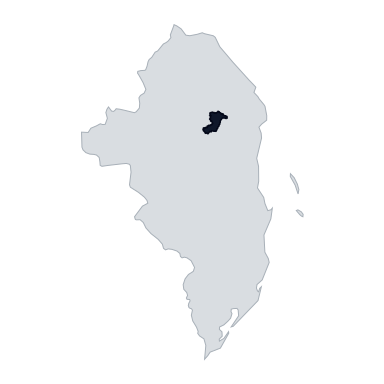 location of Victoria, Yoro, Honduras, rotated 91°
{"feature_id": "27666195B67496121573402", "entity_name": "Victoria", "entity_type": "district", "adm_level": 2, "iso_a3": "HND", "parent_name": "Honduras", "parent_adm1": "Yoro", "projection": "natural_earth1", "projection_center": [-87.58, 15.094], "detail": "fine", "context": "in_parent", "style": "filled", "palette": "ink", "viewbox_px": 384, "rotation_deg": 91, "n_neighbors": 0, "source": "geoboundaries", "source_scale": "gbopen_adm2", "svg_char_len": 6522}
<svg xmlns="http://www.w3.org/2000/svg" viewBox="0 0 384 384"><g transform="rotate(91 192 192)"><path d="M359.0,176.5L345.2,175.5L338.6,177.5L335.8,181.9L333.3,183.8L331.3,183.4L327.1,185.1L320.9,189.0L315.2,190.5L310.2,189.5L308.7,190.5L308.4,191.8L307.6,193.0L305.6,193.7L303.4,193.3L300.9,192.0L299.5,192.5L299.4,195.1L298.1,195.8L295.5,194.6L292.6,195.5L289.4,198.5L284.8,199.2L279.0,197.4L274.5,194.1L271.3,189.3L267.4,188.1L260.7,191.7L257.9,195.9L257.3,198.5L258.0,200.8L256.7,202.4L253.6,203.1L251.3,206.0L249.7,211.0L249.3,214.8L250.3,217.5L248.8,219.5L244.7,220.7L239.9,225.0L234.3,232.3L228.8,237.4L223.3,240.2L220.6,243.4L220.8,247.0L220.5,248.1L219.5,248.5L217.7,249.0L207.0,241.3L204.0,236.0L201.3,236.8L198.0,239.5L193.3,245.5L188.3,253.7L185.9,254.6L173.3,253.3L166.6,254.1L165.3,255.2L164.6,258.2L165.0,262.2L166.9,276.5L167.9,282.5L166.9,284.3L163.5,284.6L159.1,285.4L156.7,288.1L156.1,290.9L155.9,294.8L154.5,298.8L151.8,301.7L149.1,302.8L134.1,303.5L134.3,296.9L130.0,294.2L127.5,288.6L125.4,284.9L126.1,282.6L125.9,280.0L119.8,277.9L114.1,279.5L110.8,278.5L108.4,277.0L112.5,273.8L112.8,271.8L111.5,270.3L110.1,269.3L110.5,265.6L111.4,261.2L113.7,251.0L112.8,249.2L109.0,246.1L104.2,245.8L98.8,246.7L96.3,245.2L94.0,241.6L90.2,239.9L83.5,242.8L76.3,247.0L74.1,248.5L72.3,248.3L71.5,245.2L71.2,241.4L70.7,240.5L66.9,239.1L62.5,238.2L60.2,237.1L58.1,234.6L52.8,231.3L51.6,228.8L44.5,223.2L43.0,220.4L41.4,218.4L38.0,215.8L35.3,216.4L26.3,213.2L25.0,212.9L26.2,210.1L29.1,205.7L35.3,200.9L35.8,196.9L34.2,189.4L32.6,184.5L33.5,182.3L35.4,173.5L36.9,171.5L45.8,167.0L46.7,166.4L53.7,160.2L61.6,153.3L69.7,145.7L78.8,137.2L83.8,132.2L86.1,130.0L91.4,131.8L95.5,127.8L97.8,126.4L103.4,121.6L105.1,120.5L114.4,118.6L118.9,118.6L122.9,123.5L126.0,126.2L131.9,123.9L136.8,123.4L157.2,127.9L165.2,125.9L180.1,125.5L186.8,126.6L196.2,120.2L202.2,118.9L209.3,115.9L208.4,112.8L206.7,111.4L217.5,112.7L233.7,119.3L250.9,118.1L257.1,114.6L261.1,113.6L278.7,120.3L283.4,125.4L287.0,125.9L289.8,124.8L290.6,123.7L287.1,122.6L285.5,121.0L299.4,124.1L325.6,148.5L326.2,150.5L315.0,143.2L309.1,143.8L307.6,145.0L307.9,148.9L308.5,150.7L311.0,150.9L312.9,149.9L317.5,151.2L320.5,153.8L324.3,157.8L326.5,162.1L328.9,162.2L331.3,159.6L335.7,159.3L338.6,162.2L340.6,162.0L337.8,157.5L331.0,153.0L332.6,152.8L347.6,160.9L351.8,171.1L355.4,173.4L359.0,176.5ZM183.3,89.0L174.7,94.0L172.0,93.9L175.9,90.1L182.3,86.8L187.7,85.2L192.1,85.9L183.3,89.0ZM212.8,83.8L208.7,87.4L208.0,85.8L209.9,82.4L212.4,80.5L214.8,80.7L214.2,82.1L212.8,83.8Z" fill="#d9dde1" stroke="#a8b0b8" stroke-width="1"/><path d="M120.0,174.7L120.6,174.7L120.8,174.5L120.8,174.4L120.8,174.2L120.5,174.0L120.4,173.9L120.4,173.7L120.6,173.7L120.7,173.8L120.8,173.8L120.8,173.7L121.1,173.6L121.3,173.7L121.4,173.4L121.5,173.3L121.8,173.1L121.9,172.9L122.1,172.8L122.4,172.8L122.6,172.7L122.9,172.5L123.1,172.5L123.3,172.9L123.5,173.2L123.8,173.1L124.0,173.4L124.2,173.5L124.3,173.5L124.3,173.8L124.7,174.2L124.9,174.4L125.0,174.7L125.0,174.9L125.2,175.1L125.0,175.3L124.9,175.3L125.1,175.6L125.1,175.8L125.1,176.0L125.1,176.4L125.1,176.6L125.5,176.7L125.5,176.8L125.5,177.1L125.6,177.3L125.9,177.3L126.0,177.4L126.0,177.5L126.2,177.4L126.3,177.4L126.5,177.4L126.6,177.5L126.5,177.8L126.5,178.0L127.1,177.9L127.3,177.9L127.3,178.0L127.2,178.2L127.2,178.3L127.3,178.5L127.4,178.9L127.4,179.0L127.2,179.4L127.2,179.5L127.4,179.8L127.8,180.0L127.7,180.3L127.6,180.5L127.8,180.7L127.8,180.8L127.8,181.1L127.7,181.3L127.7,181.5L127.9,181.6L128.0,181.8L128.3,181.8L128.5,181.7L128.7,181.9L128.8,181.9L128.9,181.7L129.1,182.0L129.3,182.1L129.7,181.9L129.9,181.8L130.0,181.6L130.4,181.7L130.5,181.7L130.8,181.3L130.8,181.2L131.3,180.9L131.5,180.6L131.8,180.3L131.9,180.1L132.0,179.9L132.3,180.0L132.6,180.0L132.8,179.8L132.9,179.7L133.0,179.5L133.1,179.3L133.1,179.2L133.1,178.9L132.7,178.6L132.7,178.4L132.6,178.2L133.5,177.1L133.0,176.6L131.2,175.3L131.6,174.0L131.2,173.7L130.9,173.7L130.6,173.7L130.4,173.6L130.5,173.4L130.5,173.5L130.6,173.3L130.6,173.2L130.6,172.8L130.6,172.6L130.6,172.4L130.7,172.2L130.7,171.8L130.7,171.6L130.8,171.5L130.8,171.4L130.8,171.2L130.9,170.9L130.9,170.7L130.8,170.2L130.7,170.0L130.8,169.6L130.9,169.4L130.9,169.2L130.7,168.9L129.6,168.6L129.5,168.3L129.4,168.2L128.9,168.1L128.7,168.1L128.3,168.2L128.2,168.1L127.6,167.3L126.7,167.3L126.3,167.0L126.1,166.7L125.9,166.4L125.7,166.3L125.4,166.2L125.2,166.1L124.9,166.1L124.5,166.2L123.8,165.5L123.7,165.4L122.7,165.4L121.9,165.0L121.5,164.9L120.4,165.0L119.6,164.5L119.5,164.3L117.5,163.0L117.5,162.9L117.5,162.6L117.5,162.2L117.4,161.9L117.4,161.7L117.5,161.4L117.4,161.3L117.4,161.1L117.4,160.7L117.5,160.4L117.6,160.2L117.8,159.8L117.7,159.5L117.7,159.2L117.8,159.1L117.6,158.9L117.5,158.7L117.3,158.6L117.1,158.7L117.1,158.4L117.2,158.2L116.7,158.2L116.5,158.3L116.4,158.4L116.2,158.3L115.9,158.3L115.7,158.6L115.7,158.9L115.6,159.1L115.6,159.3L115.4,159.4L115.3,159.6L115.2,159.7L115.2,159.8L115.2,160.0L115.2,160.4L115.3,160.3L115.3,160.5L115.2,160.6L115.0,160.8L114.9,160.9L114.9,161.1L114.9,161.3L114.7,161.6L114.4,161.9L114.4,162.2L114.2,162.2L114.2,162.5L114.1,162.8L114.0,162.7L113.9,162.6L113.8,162.8L113.6,162.7L113.6,162.8L113.6,163.0L113.6,163.3L113.5,163.5L113.4,163.5L113.3,163.4L113.3,163.5L113.2,163.4L113.1,163.5L113.1,163.8L112.9,164.0L112.9,164.3L113.0,164.4L113.0,164.5L112.9,164.6L112.6,164.8L112.3,165.0L112.3,165.3L112.3,165.5L112.2,165.6L112.0,165.8L111.9,165.8L111.7,166.0L111.4,166.1L111.4,166.3L111.5,166.5L111.4,166.7L111.1,166.7L110.9,167.0L110.9,167.4L111.3,167.5L111.6,167.7L111.6,167.8L111.6,168.0L111.8,168.2L112.1,168.7L112.3,168.9L112.4,169.0L112.6,169.0L112.8,169.2L112.8,169.3L112.5,169.6L112.4,169.8L112.5,169.9L112.6,170.0L112.5,170.3L112.5,170.5L112.8,170.7L112.8,170.9L112.8,171.0L112.5,171.2L112.1,171.4L112.1,171.5L112.1,171.8L112.2,172.1L112.1,172.3L112.0,172.7L111.9,172.9L111.8,173.0L111.9,173.3L112.0,173.6L112.1,174.1L112.1,174.3L112.3,174.6L112.5,174.7L112.6,174.8L112.7,175.0L112.6,175.3L112.8,175.5L113.1,175.5L114.0,175.2L114.1,175.3L114.3,175.4L114.5,175.3L114.7,175.0L114.8,175.0L115.1,175.3L115.4,175.1L115.5,175.0L115.7,174.9L115.8,174.9L115.8,175.0L115.9,174.9L116.1,174.8L116.0,174.6L116.3,174.7L116.4,174.9L116.5,175.0L116.9,174.9L117.0,174.9L117.1,175.0L117.3,175.0L117.4,174.8L117.5,174.8L117.8,174.7L118.0,174.8L118.2,175.0L118.3,175.2L118.5,175.4L118.6,175.6L118.9,175.6L119.0,175.5L119.0,175.4L119.2,175.2L119.3,175.1L119.3,174.9L119.7,174.7L120.0,174.7Z" fill="#0f172a" stroke="#020617" stroke-width="1.5"/></g></svg>